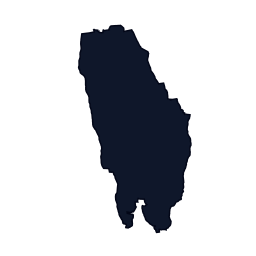 outline of Gaiceana, Bacau, Romania, rotated 197°
{"feature_id": "2599482B22664417708487", "entity_name": "Gaiceana", "entity_type": "district", "adm_level": 2, "iso_a3": "ROU", "parent_name": "Romania", "parent_adm1": "Bacau", "projection": "equal_earth", "projection_center": [27.202, 46.364], "detail": "fine", "context": "isolated", "style": "filled", "palette": "ink", "viewbox_px": 256, "rotation_deg": 197, "n_neighbors": 0, "source": "geoboundaries", "source_scale": "gbopen_adm2", "svg_char_len": 5564}
<svg xmlns="http://www.w3.org/2000/svg" viewBox="0 0 256 256"><g transform="rotate(197 128 128)"><path d="M72.6,158.8L75.6,158.2L75.9,158.2L77.9,158.0L78.0,157.8L78.2,158.1L78.4,158.5L78.4,158.9L79.7,158.8L79.6,159.1L80.1,159.4L80.2,159.7L80.4,159.9L80.5,160.3L80.3,160.4L80.5,160.8L81.6,161.1L81.8,161.3L82.0,161.2L82.5,160.9L83.6,161.9L83.7,162.6L84.7,164.1L85.9,165.2L86.2,165.6L87.4,166.3L88.3,167.6L89.1,168.5L89.1,168.9L89.3,169.6L89.9,170.2L93.8,168.3L95.9,167.8L95.6,167.3L96.6,167.5L98.6,167.6L99.4,170.2L100.7,173.1L100.7,173.4L101.6,174.5L102.1,175.1L102.5,174.8L103.1,175.6L103.8,176.0L104.5,176.7L104.6,177.2L105.2,178.4L107.1,181.3L110.8,179.6L111.4,179.1L111.9,179.5L113.8,181.3L114.6,181.8L115.4,182.5L116.2,182.9L116.7,183.6L117.5,185.0L118.5,185.9L119.5,187.0L122.9,189.5L124.1,192.0L125.9,194.0L128.6,197.6L129.0,198.1L129.5,199.7L129.6,200.8L129.6,202.1L130.0,204.0L130.1,205.2L130.4,205.3L130.9,206.3L131.3,206.7L137.3,207.9L138.8,208.3L139.3,208.6L139.8,209.4L140.5,209.6L141.8,210.9L144.0,213.3L144.3,213.4L148.1,217.6L150.3,220.3L151.6,221.6L152.3,221.7L152.7,222.6L153.2,222.9L155.5,221.6L160.2,219.1L160.5,219.9L160.7,220.2L160.7,220.8L161.4,222.3L164.1,223.6L165.4,223.9L166.0,223.5L166.8,223.3L168.6,222.6L169.8,222.2L174.0,220.6L174.7,219.8L174.7,219.3L174.7,218.7L174.9,218.3L175.1,217.0L175.0,216.6L174.8,216.4L175.4,216.0L177.6,215.0L179.2,214.1L179.9,214.5L180.2,214.5L180.1,213.6L180.3,213.4L180.1,212.8L179.9,212.8L179.9,211.9L181.5,211.3L183.5,211.0L184.1,211.7L184.2,212.1L185.0,211.7L185.5,211.7L185.9,212.0L185.8,212.6L186.8,212.4L187.8,212.1L189.3,212.3L189.6,211.9L189.1,211.3L188.6,210.6L188.4,210.0L192.5,207.7L199.7,204.5L199.0,200.6L198.8,199.1L198.5,198.3L198.4,197.3L198.0,195.6L197.7,194.5L196.4,191.5L195.8,189.8L195.8,188.8L195.7,187.9L195.8,186.2L195.4,184.4L194.8,183.0L194.4,181.2L194.5,178.0L193.1,173.7L193.0,172.7L193.0,171.7L192.1,170.1L191.6,170.1L191.4,169.6L190.7,168.7L189.7,166.9L188.1,166.1L186.5,165.6L185.4,165.1L184.4,164.3L183.4,163.2L182.3,160.7L181.1,156.7L180.4,155.5L180.2,154.3L179.8,153.4L179.8,152.9L178.9,151.2L178.4,150.5L175.4,147.7L174.3,146.2L173.6,144.3L173.5,143.7L172.6,141.2L171.4,140.0L170.4,137.1L169.5,136.1L168.2,134.1L167.4,132.0L166.4,130.5L164.9,126.7L164.3,125.7L163.8,124.0L163.1,122.5L162.8,121.4L162.3,120.4L161.7,119.4L161.0,118.8L159.2,117.2L158.8,117.2L158.5,117.0L155.1,113.2L153.7,111.9L152.7,110.3L152.4,109.1L152.0,108.2L151.1,107.3L150.8,106.5L149.4,104.9L148.5,103.4L148.2,103.3L147.2,101.0L147.0,100.2L147.0,98.5L146.9,98.1L146.1,96.6L145.7,95.3L145.6,93.6L145.7,93.2L145.0,91.2L144.6,90.6L143.4,87.1L143.0,86.3L141.8,84.4L139.5,82.3L135.7,83.3L134.6,83.4L134.3,83.3L134.2,83.1L132.8,80.5L130.6,81.0L130.1,81.3L129.3,81.3L128.8,80.9L128.4,80.0L128.1,79.6L126.2,77.9L125.7,76.6L121.3,71.5L120.6,67.8L119.6,63.4L119.6,62.6L120.2,60.9L120.0,59.5L119.8,58.6L118.7,55.7L116.6,52.9L116.1,52.2L115.7,51.2L115.5,49.9L115.3,49.4L113.4,46.5L112.7,45.2L111.7,43.9L111.1,42.5L110.5,41.8L110.0,41.3L109.7,40.9L109.0,40.5L108.0,39.3L107.5,38.8L106.8,38.5L105.5,36.7L105.1,35.6L104.2,35.5L104.0,35.2L103.6,35.4L103.1,35.4L102.8,35.2L101.7,35.4L101.5,35.2L101.2,34.5L101.1,34.4L101.0,34.2L101.0,33.8L101.2,32.5L100.9,32.1L98.6,32.5L98.4,32.8L98.0,33.2L97.8,33.5L97.4,33.6L97.2,33.8L97.0,34.1L96.8,34.2L96.5,34.8L95.8,35.3L95.8,35.7L95.5,36.0L95.5,36.3L95.7,36.6L95.7,37.6L96.2,38.4L96.3,39.1L96.5,39.4L97.2,39.6L97.2,40.0L96.8,40.3L97.4,41.8L97.3,42.1L96.9,43.5L97.0,44.4L97.4,45.8L97.5,46.4L98.3,46.8L99.3,46.4L103.8,46.2L104.3,47.5L101.0,47.8L100.0,48.2L100.1,48.5L99.6,48.7L99.5,49.3L99.4,49.3L99.4,49.6L98.3,49.5L97.8,51.3L97.1,54.9L97.8,55.1L99.3,58.4L99.5,59.4L97.0,60.1L97.4,60.6L97.6,61.3L97.7,61.9L97.6,63.5L97.4,63.4L95.8,63.7L95.7,63.6L91.6,64.7L90.4,62.3L89.9,61.7L88.6,60.7L87.6,60.2L88.6,59.2L88.8,58.8L88.7,58.6L89.3,58.1L90.2,57.9L91.4,58.0L91.6,57.7L91.6,57.3L91.1,55.4L90.9,55.1L90.2,54.0L89.5,52.4L89.2,52.0L88.4,50.9L88.0,50.8L87.6,50.2L87.1,49.2L84.9,46.8L84.9,46.5L84.5,45.9L84.2,45.9L83.8,45.2L83.3,44.9L83.2,44.8L80.0,43.6L80.0,43.4L79.5,43.1L79.4,42.9L77.3,42.4L75.5,41.7L74.6,41.8L73.5,42.2L73.2,42.2L73.1,41.9L73.8,41.2L74.0,40.7L73.9,40.2L72.9,39.1L72.1,39.0L71.5,38.7L71.5,38.2L70.4,36.7L70.1,36.5L67.6,37.7L68.5,40.2L67.4,40.5L67.1,40.3L66.5,40.3L66.0,40.6L65.9,40.8L62.7,41.8L61.8,41.7L62.0,42.4L61.7,43.1L61.7,43.3L60.5,44.2L60.3,45.1L59.7,46.4L59.4,46.7L59.1,47.8L59.2,49.5L59.3,49.8L59.6,51.3L61.4,53.2L62.5,54.8L62.9,55.6L62.9,56.3L63.2,57.8L63.2,58.3L63.7,59.8L63.9,61.1L64.1,61.8L64.2,62.5L64.2,63.3L63.8,65.5L63.8,65.8L62.3,66.5L61.7,66.9L61.3,67.6L61.0,68.5L60.4,71.3L60.0,71.6L59.4,72.0L58.8,72.4L57.7,74.4L56.7,74.9L56.3,75.4L56.3,75.8L56.7,76.5L56.9,77.0L57.1,77.5L56.7,79.3L57.1,80.2L57.2,81.2L57.2,82.0L56.6,83.0L56.5,83.5L56.8,84.0L57.2,84.2L57.3,84.4L57.8,85.4L57.7,85.8L57.5,86.7L57.5,87.2L57.6,87.9L58.9,90.9L58.8,92.2L59.5,94.0L60.9,97.2L61.4,98.4L61.5,99.8L62.0,101.4L61.7,104.1L61.8,104.8L61.5,105.8L61.4,105.9L61.4,106.4L61.4,107.8L61.6,109.0L61.4,109.9L61.7,110.4L61.9,111.4L62.2,111.7L61.7,112.8L62.0,115.1L62.0,116.0L61.8,117.1L61.8,117.8L61.0,119.6L60.9,120.1L60.9,120.6L61.0,120.8L61.2,121.6L61.6,123.3L62.4,124.9L62.7,126.0L63.0,126.7L63.1,127.1L63.0,127.6L63.2,128.9L62.9,129.2L62.8,129.9L63.4,131.8L64.2,133.1L64.5,134.2L65.2,135.9L66.1,136.9L67.6,138.1L68.1,138.7L69.1,139.6L69.6,141.0L69.9,142.3L70.6,143.0L71.0,143.7L71.7,146.5L71.7,148.0L71.9,149.4L72.5,150.7L72.7,151.7L72.6,153.2L72.3,154.4L72.6,154.4L72.1,155.3L72.3,156.5L72.3,157.4L72.6,158.8Z" fill="#0f172a" stroke="#020617" stroke-width="1.5"/></g></svg>